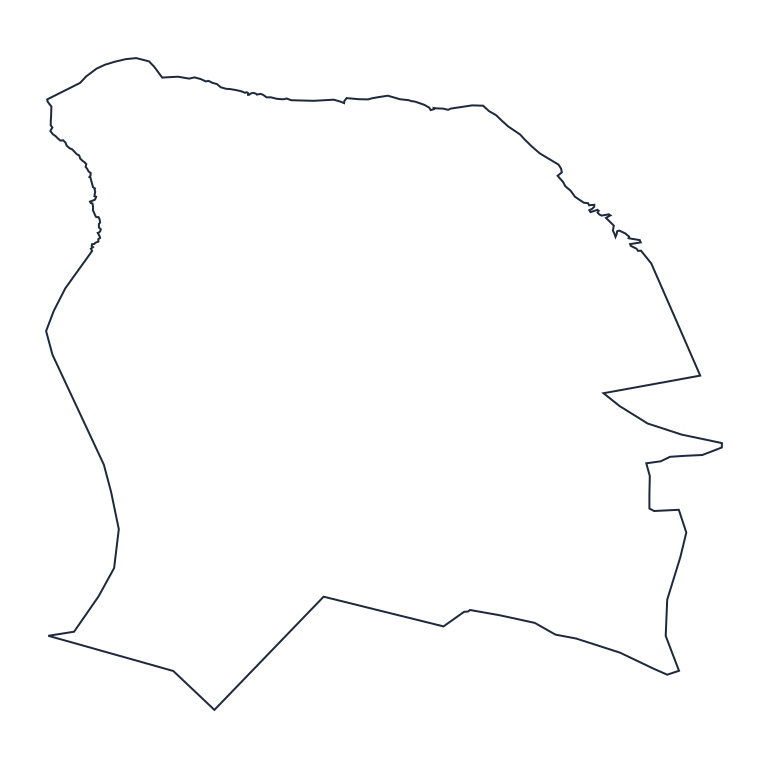 outline of Agwara, Niger, Nigeria, rotated 270°
{"feature_id": "59680162B64027612781435", "entity_name": "Agwara", "entity_type": "district", "adm_level": 2, "iso_a3": "NGA", "parent_name": "Nigeria", "parent_adm1": "Niger", "projection": "robinson", "projection_center": [4.614, 10.721], "detail": "fine", "context": "isolated", "style": "outline", "palette": "slate", "viewbox_px": 768, "rotation_deg": 270, "n_neighbors": 0, "source": "geoboundaries", "source_scale": "gbopen_adm2", "svg_char_len": 3470}
<svg xmlns="http://www.w3.org/2000/svg" viewBox="0 0 768 768"><g transform="rotate(270 384 384)"><path d="M132.2,48.3L97.0,173.3L58.1,214.4L171.3,323.6L141.6,443.5L156.2,464.1L156.5,468.1L158.0,470.0L152.8,499.4L145.1,534.8L133.4,555.4L129.5,576.0L115.3,620.1L99.8,652.5L93.3,667.2L97.1,678.6L97.2,679.0L132.1,665.7L168.3,667.2L211.0,680.4L235.5,686.3L258.2,678.8L257.0,654.1L259.5,649.4L273.1,649.4L292.0,649.8L304.7,646.3L306.7,660.7L311.2,670.0L312.2,685.3L313.0,702.3L320.5,721.8L324.9,721.9L333.4,681.6L344.5,647.6L362.0,619.5L374.8,603.5L392.4,700.2L440.7,679.2L493.7,656.0L504.5,651.3L516.3,641.8L517.3,641.1L517.2,639.2L517.1,638.1L519.3,636.5L522.1,630.8L523.9,630.1L525.6,640.7L527.2,640.0L527.9,639.8L529.4,630.7L529.8,628.6L531.4,629.1L534.6,625.2L537.4,619.3L536.8,617.2L533.7,616.6L533.2,616.4L531.1,615.5L534.6,614.3L537.3,612.9L542.4,613.8L550.1,606.0L552.6,610.4L552.7,610.2L553.7,608.9L552.4,601.6L553.6,599.3L555.5,597.6L556.9,598.5L556.9,598.4L558.2,597.6L556.2,591.6L555.9,590.5L557.8,589.3L559.2,592.2L561.2,594.2L562.1,594.2L563.2,594.3L562.9,590.5L562.7,589.1L564.0,588.5L564.8,588.1L565.2,584.5L565.3,583.8L571.2,575.0L577.3,570.6L581.8,565.3L586.1,563.0L592.2,557.6L595.6,561.8L599.4,561.1L603.4,558.5L609.2,548.8L614.6,539.8L621.8,531.5L629.0,524.2L633.5,520.1L641.4,508.4L647.6,501.5L652.9,496.0L656.8,489.1L661.4,484.1L662.3,483.1L662.3,482.5L662.5,477.3L662.6,472.0L659.4,450.7L658.2,448.1L659.4,443.0L659.6,436.7L660.0,433.7L658.9,434.0L658.2,431.8L657.9,430.7L660.4,429.2L662.5,425.5L663.2,424.2L665.8,416.8L666.5,414.5L666.9,411.4L667.8,408.7L668.8,399.8L670.9,392.7L672.3,387.8L670.8,378.1L669.7,371.9L668.6,368.2L668.8,358.6L669.9,346.6L667.0,344.4L664.9,344.1L666.4,340.4L668.3,333.8L667.2,313.8L667.5,301.6L667.8,291.2L669.5,286.5L668.8,283.8L668.8,281.1L669.3,276.3L670.7,270.9L670.7,267.1L670.7,266.5L672.7,263.8L673.2,263.1L674.1,260.5L673.5,257.1L673.4,256.9L674.4,255.8L674.8,254.3L675.1,252.6L674.5,250.9L673.8,249.8L673.2,249.2L673.2,248.0L674.3,248.1L674.8,248.1L675.3,247.5L675.6,246.9L675.7,246.5L675.5,245.6L675.2,245.0L676.8,241.1L678.0,235.6L678.9,230.3L679.2,226.1L680.4,222.0L680.7,220.8L683.4,217.6L684.0,216.9L685.1,212.5L685.2,212.3L686.2,210.4L687.1,208.6L686.6,205.7L688.9,200.9L690.6,194.5L689.4,189.1L691.3,178.0L690.5,163.3L690.4,162.2L701.5,154.0L706.0,149.6L706.6,149.1L709.9,136.3L708.9,125.9L706.2,114.5L703.2,104.8L699.4,96.6L691.7,86.3L685.1,80.1L668.6,47.2L666.4,47.6L663.3,49.9L661.6,51.4L652.3,51.1L647.0,50.8L646.5,50.8L642.8,50.7L640.4,52.4L638.9,51.4L637.0,50.4L633.9,52.7L631.7,55.8L629.7,57.7L627.4,60.4L627.5,61.1L627.7,63.2L626.7,64.2L625.4,65.5L622.3,66.7L619.8,69.5L619.1,71.2L618.7,72.1L618.5,72.3L615.8,74.9L613.7,76.9L612.8,78.7L612.6,79.2L609.4,80.2L607.2,82.5L605.7,84.6L603.9,86.3L601.2,85.6L599.3,87.1L596.7,88.5L595.0,90.7L592.4,90.5L591.0,89.4L590.5,90.4L580.8,93.0L579.5,95.0L578.1,94.6L576.2,95.2L571.9,94.4L571.3,96.1L570.5,95.9L568.4,95.0L567.5,93.0L566.4,90.0L565.0,90.7L564.5,92.4L564.5,92.5L564.3,92.5L560.8,93.1L557.8,92.9L551.3,95.8L550.8,97.0L550.8,97.5L550.9,98.5L549.9,99.0L548.8,99.6L545.4,100.1L544.0,98.9L540.5,98.9L538.7,100.8L536.7,100.2L535.3,98.7L535.1,97.8L531.7,99.6L530.1,100.1L528.8,98.3L526.4,98.4L525.3,95.5L524.1,94.3L523.8,92.0L521.9,91.7L520.9,93.0L519.3,90.9L517.0,92.1L479.7,65.3L457.2,53.8L436.9,46.1L413.2,52.5L303.2,103.9L276.0,111.1L238.8,118.8L199.9,114.1L171.7,98.6L136.3,74.1L132.2,48.3Z" fill="none" stroke="#1e293b" stroke-width="2"/></g></svg>